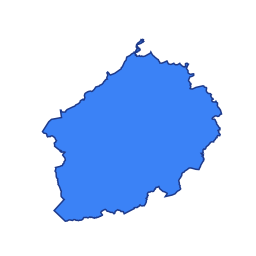 Assin South, Central, Ghana (Natural Earth projection), rotated 254°
{"feature_id": "2480657B73071492710762", "entity_name": "Assin South", "entity_type": "district", "adm_level": 2, "iso_a3": "GHA", "parent_name": "Ghana", "parent_adm1": "Central", "projection": "natural_earth1", "projection_center": [-1.29, 5.529], "detail": "fine", "context": "isolated", "style": "filled", "palette": "blue", "viewbox_px": 256, "rotation_deg": 254, "n_neighbors": 0, "source": "geoboundaries", "source_scale": "gbopen_adm2", "svg_char_len": 5798}
<svg xmlns="http://www.w3.org/2000/svg" viewBox="0 0 256 256"><g transform="rotate(254 128 128)"><path d="M110.0,214.2L112.0,214.0L112.8,213.3L112.8,212.4L113.4,211.5L113.9,211.5L114.6,212.2L115.6,215.3L115.3,216.3L114.4,217.3L114.3,218.4L114.7,219.3L115.7,220.4L115.8,220.8L115.6,221.4L115.7,221.8L119.7,221.8L122.4,220.9L123.2,220.3L124.7,220.1L125.3,220.1L125.9,220.5L127.4,220.9L128.2,220.2L129.5,219.9L128.9,219.2L129.6,217.0L130.4,216.2L131.7,216.1L132.1,216.9L132.2,217.8L133.0,217.7L133.7,216.8L136.1,216.3L136.5,216.6L136.9,217.3L138.3,216.7L139.1,214.7L141.0,213.6L142.3,213.5L144.8,214.6L145.4,214.3L146.2,212.7L147.5,212.4L147.9,211.5L148.3,204.5L147.7,200.7L148.3,199.2L148.8,198.5L150.1,199.6L150.9,199.8L152.2,199.5L152.4,200.4L152.8,200.7L153.6,200.6L154.4,199.8L155.1,199.9L156.7,199.2L157.6,199.6L160.1,201.6L160.0,203.5L160.4,205.6L161.8,206.1L162.0,206.0L162.3,204.3L162.2,203.6L162.6,202.4L164.1,201.1L164.9,201.0L166.5,201.5L169.1,200.6L169.8,200.9L170.4,201.7L170.9,201.9L172.7,203.7L173.3,203.0L173.7,202.9L174.0,202.6L174.1,201.3L173.9,200.9L173.5,200.8L171.4,200.4L171.4,199.6L171.1,199.6L171.1,199.1L171.7,198.5L171.6,198.1L172.7,197.1L173.5,196.8L174.6,195.9L175.9,195.6L175.2,193.2L175.6,191.3L176.6,190.2L177.6,189.9L177.2,186.8L178.3,184.8L178.6,184.5L181.7,183.9L181.2,180.8L181.0,178.3L181.7,176.5L183.3,176.5L184.3,175.9L185.3,176.0L186.1,175.2L188.9,173.2L189.8,172.8L190.4,172.2L192.0,171.5L194.8,170.9L193.8,170.1L192.4,164.0L192.6,162.0L193.1,161.5L193.1,161.0L193.5,160.7L193.3,160.0L193.8,159.0L194.4,159.0L194.2,158.2L194.5,156.1L195.5,156.1L195.8,155.5L196.1,155.7L196.2,155.3L197.3,155.5L198.2,155.0L198.5,156.2L198.8,156.0L198.3,157.2L198.5,157.7L198.9,157.6L198.6,157.9L198.6,158.4L199.3,159.0L199.1,159.9L199.5,160.5L200.1,160.7L199.7,161.1L199.8,161.2L201.3,161.1L201.5,160.8L201.4,159.7L201.6,159.6L202.1,160.0L202.6,159.3L203.0,159.9L204.0,159.3L205.1,159.6L205.9,160.1L205.6,161.2L205.7,162.9L205.9,163.2L205.8,163.9L206.3,165.0L206.7,165.2L206.3,165.7L206.4,166.1L207.3,166.0L207.1,166.9L207.7,166.7L208.1,166.9L208.5,166.5L208.8,167.0L209.2,166.5L209.1,165.8L209.4,164.9L208.7,164.8L207.4,162.3L207.1,161.1L205.7,159.2L203.6,158.2L202.4,158.7L202.0,158.6L200.9,157.8L200.4,157.1L199.2,156.3L198.1,151.7L197.2,150.0L196.5,146.3L193.8,144.9L192.7,143.1L188.2,139.3L188.0,138.3L186.8,137.8L184.2,130.3L183.8,125.8L184.3,125.2L186.1,124.6L187.4,123.9L186.8,122.9L184.6,123.2L183.6,122.6L182.5,121.6L181.2,121.3L180.8,121.5L180.8,120.3L180.1,118.9L179.6,118.7L179.3,117.7L178.0,116.4L177.1,114.8L176.8,112.5L176.1,111.6L176.3,111.0L176.3,108.3L174.4,106.2L173.2,103.9L173.1,103.2L173.8,102.2L174.0,100.6L173.9,99.1L173.2,96.6L172.8,96.0L171.2,95.0L168.9,94.9L168.2,94.2L167.3,93.8L167.1,93.3L167.3,92.8L167.9,92.9L168.1,92.6L167.4,90.0L167.2,89.6L166.0,88.9L165.5,88.1L164.9,86.4L164.6,84.2L163.6,82.7L163.6,81.4L162.5,74.6L161.6,73.0L160.8,72.5L160.7,71.9L161.3,69.5L162.2,68.6L163.6,68.6L163.8,68.0L156.4,67.0L157.4,56.8L155.8,53.5L148.1,44.8L146.4,45.6L145.1,47.9L144.2,48.2L142.7,47.9L141.6,48.3L141.7,49.5L141.1,50.8L141.5,51.7L141.5,52.5L141.2,53.2L139.1,54.8L138.3,55.1L136.8,55.2L135.6,55.8L134.8,54.7L134.4,54.6L134.0,53.1L133.2,52.8L132.1,52.9L130.7,52.4L125.4,56.2L125.0,57.2L124.5,57.5L124.3,56.5L123.4,57.0L123.0,57.6L122.7,59.7L122.1,60.7L120.7,58.3L120.0,57.7L116.5,59.1L114.3,58.9L113.2,57.2L112.5,57.0L111.5,56.3L111.4,55.5L110.0,54.6L110.1,53.1L109.8,52.5L110.0,47.5L109.7,47.6L108.8,47.5L108.2,47.0L107.4,46.8L106.9,46.1L106.4,46.0L105.1,46.6L100.7,45.6L99.2,45.9L98.4,46.5L97.1,45.8L96.4,46.0L95.0,45.6L94.1,45.8L93.3,45.2L91.0,45.9L87.5,46.2L86.8,46.1L85.7,46.5L83.3,45.5L80.7,44.9L80.0,45.1L79.0,45.8L77.9,46.1L76.9,47.0L69.0,34.2L55.7,42.0L55.4,44.2L55.8,45.1L55.8,46.5L54.4,49.2L54.9,50.7L54.4,52.0L53.6,52.5L53.2,54.0L52.6,54.8L52.7,56.1L52.3,57.5L52.6,59.1L53.0,59.7L53.3,59.8L54.1,60.8L53.4,63.7L52.6,64.7L53.0,66.9L52.3,67.5L52.3,68.6L51.4,69.6L51.1,70.2L51.2,70.7L50.6,70.8L50.7,72.0L50.4,72.6L50.8,73.4L50.5,73.8L50.5,75.4L50.9,76.3L50.7,77.4L51.0,77.8L51.2,79.3L51.5,79.5L54.1,78.5L54.6,78.9L55.3,79.6L55.2,80.0L55.8,81.5L56.1,83.6L55.3,84.4L53.7,85.0L53.2,86.3L51.7,88.0L51.1,89.9L49.4,90.9L49.8,91.9L51.3,92.7L52.3,95.6L51.6,96.2L51.6,96.6L51.3,96.8L50.9,97.7L49.6,98.3L49.6,98.8L48.9,100.4L46.6,100.7L48.8,111.7L49.4,111.7L49.6,112.1L49.6,112.9L49.1,114.6L49.1,115.3L49.5,115.7L49.7,117.1L50.6,117.9L50.8,118.4L50.0,118.7L49.2,120.0L49.0,121.8L48.8,122.1L50.0,123.6L52.0,125.3L53.2,125.5L54.4,126.7L55.4,126.0L56.3,127.7L57.1,127.7L57.6,128.8L57.9,128.8L58.3,128.3L59.5,128.5L60.4,129.5L60.7,130.0L60.3,131.5L60.7,132.2L60.7,132.9L60.1,134.3L60.1,135.1L60.8,136.0L62.0,136.9L61.8,137.5L63.2,138.5L62.9,140.0L63.3,141.5L60.8,141.8L57.3,144.2L56.8,145.3L54.4,147.7L53.2,146.8L52.8,146.0L51.8,144.9L51.4,151.9L51.8,155.1L53.6,158.0L54.0,160.0L54.8,161.7L55.3,161.9L56.9,161.6L58.2,162.2L59.4,161.7L61.0,162.2L63.4,162.2L65.0,163.6L65.9,165.0L66.6,165.3L67.3,166.4L68.6,167.0L69.0,166.9L69.6,167.5L70.1,168.5L70.1,169.7L70.9,170.7L71.9,174.0L72.5,175.0L72.6,176.0L72.3,177.4L69.6,181.9L68.5,184.7L69.3,185.5L70.0,185.8L70.7,186.8L72.2,187.7L75.1,190.7L75.7,191.7L76.8,191.8L77.1,192.5L77.6,192.5L78.1,192.2L78.7,192.4L79.1,192.1L80.1,192.3L80.7,192.7L80.8,191.8L81.8,192.8L81.8,192.1L83.4,191.4L83.2,192.3L83.6,193.4L84.0,193.6L84.4,193.4L86.4,194.2L86.9,194.9L86.9,195.4L86.3,195.9L86.7,196.9L88.4,198.1L89.4,200.6L90.3,201.8L90.6,202.5L91.3,203.0L91.7,204.6L91.0,206.5L92.1,207.1L93.0,208.8L94.2,209.8L94.1,210.6L94.3,211.0L95.1,211.1L95.9,211.9L96.1,212.6L95.5,213.3L95.4,214.1L96.4,214.8L98.1,214.1L99.0,214.0L99.6,214.3L100.8,213.8L101.0,214.0L101.0,215.9L101.9,215.9L102.2,216.3L102.7,216.4L103.3,215.7L105.2,215.2L107.4,214.3L108.9,214.6L110.0,214.2Z" fill="#3b82f6" stroke="#1e3a8a" stroke-width="1.5"/></g></svg>